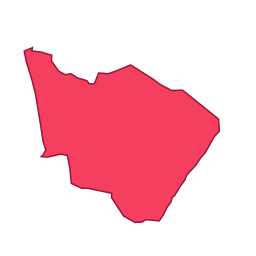 Remo North, Ogun, Nigeria (Albers equal-area conic projection), rotated 259°
{"feature_id": "59680162B54973397451304", "entity_name": "Remo North", "entity_type": "district", "adm_level": 2, "iso_a3": "NGA", "parent_name": "Nigeria", "parent_adm1": "Ogun", "projection": "albers", "projection_center": [3.74, 7.002], "detail": "fine", "context": "isolated", "style": "filled", "palette": "rose", "viewbox_px": 256, "rotation_deg": 259, "n_neighbors": 0, "source": "geoboundaries", "source_scale": "gbopen_adm2", "svg_char_len": 905}
<svg xmlns="http://www.w3.org/2000/svg" viewBox="0 0 256 256"><g transform="rotate(259 128 128)"><path d="M223.3,40.8L221.7,40.8L221.1,40.8L213.5,40.8L193.1,42.9L178.4,43.7L151.5,42.9L131.5,42.1L122.0,43.1L118.2,39.9L116.5,37.4L114.8,43.5L115.2,57.1L112.6,63.2L100.2,63.3L84.5,61.8L77.7,71.0L76.7,76.5L67.1,99.4L62.7,98.6L42.4,106.9L33.8,117.0L33.9,117.9L33.0,124.2L34.6,128.2L30.9,140.9L35.7,145.9L42.5,151.1L47.4,156.2L51.3,158.1L52.9,161.0L61.1,168.4L66.1,173.9L70.0,176.2L73.0,179.8L78.6,187.5L84.9,193.8L88.8,198.9L96.6,205.5L103.0,211.1L107.6,217.1L119.4,218.6L154.7,188.8L156.6,177.7L165.0,167.5L170.4,162.6L178.8,153.9L189.4,142.6L185.9,125.2L185.1,118.8L187.6,109.7L177.5,103.2L179.0,98.3L182.3,96.7L186.7,88.1L192.2,82.3L192.2,76.9L194.9,73.4L197.1,70.8L208.4,65.7L214.0,67.0L217.7,59.8L218.8,58.1L222.0,48.3L225.1,49.5L223.3,40.8Z" fill="#f43f5e" stroke="#9f1239" stroke-width="1.5"/></g></svg>